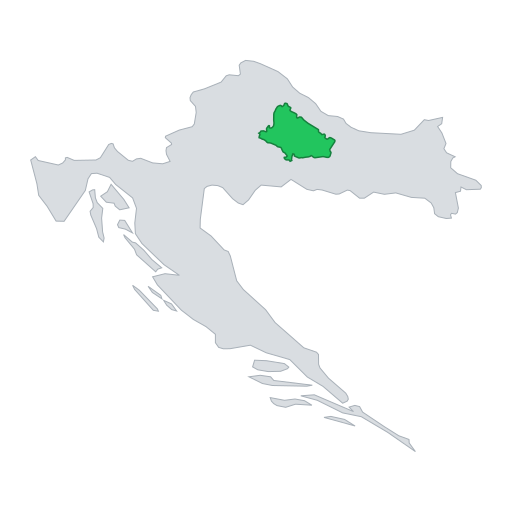 Croatia, with Bjelovarsko-bilogorska highlighted
{"feature_id": "HRV-1607", "entity_name": "Bjelovarsko-bilogorska", "entity_type": "County", "adm_level": 1, "iso_a3": "HRV", "parent_name": "Croatia", "parent_adm1": "", "projection": "robinson", "projection_center": [16.948, 45.775], "detail": "medium", "context": "in_parent", "style": "filled", "palette": "green", "viewbox_px": 512, "rotation_deg": 0, "n_neighbors": 0, "source": "natural_earth", "source_scale": "10m", "svg_char_len": 5544}
<svg xmlns="http://www.w3.org/2000/svg" viewBox="0 0 512 512"><path d="M35.4,156.7L38.2,160.5L58.3,165.0L62.7,163.0L65.4,159.9L65.4,157.9L67.2,157.4L74.2,160.4L96.0,160.0L100.4,157.7L108.7,144.5L111.4,143.4L113.1,143.9L114.4,147.8L117.5,151.5L128.3,160.3L132.5,161.3L136.5,158.9L140.7,158.3L152.6,162.9L162.7,163.8L170.1,161.4L166.5,154.3L166.0,150.7L166.5,147.6L171.6,144.5L171.4,143.1L165.3,137.7L165.6,136.2L179.2,130.1L192.2,126.7L194.3,124.0L196.2,112.5L195.5,106.4L190.3,100.6L190.0,97.7L191.2,94.7L193.3,92.0L204.6,88.8L221.1,82.1L226.2,75.8L229.2,74.8L238.4,75.7L240.4,74.1L239.2,65.2L240.8,62.9L245.6,60.4L253.7,61.3L260.4,63.7L278.0,71.6L287.4,78.9L292.6,87.0L299.7,93.2L308.6,97.7L315.7,103.7L320.9,111.3L328.2,115.6L337.6,116.5L343.5,119.1L346.0,123.4L351.1,127.3L358.8,130.8L370.8,132.7L401.0,134.3L414.3,130.2L424.3,119.7L428.6,120.5L442.6,117.4L441.7,123.7L437.6,126.5L441.9,133.0L446.0,143.5L443.9,148.7L446.6,152.8L455.1,156.8L452.8,158.0L450.8,161.5L450.7,167.8L457.5,173.7L475.8,180.2L481.2,185.5L481.3,187.7L480.3,189.2L466.4,189.7L461.0,187.0L460.5,191.2L455.4,192.6L458.4,208.1L457.3,212.6L455.5,214.1L451.5,213.3L450.5,214.8L451.4,218.1L446.3,218.5L438.3,216.7L434.6,213.7L433.8,207.7L431.2,203.0L424.8,198.2L411.4,197.4L395.8,192.9L384.4,194.3L373.6,192.1L364.3,198.2L359.6,198.2L350.1,190.6L347.3,190.1L339.1,194.0L335.8,194.2L322.1,190.0L317.1,189.4L313.4,190.8L306.8,189.3L291.0,179.4L281.2,186.9L261.2,185.1L255.3,190.2L248.5,200.0L243.0,204.7L238.2,203.0L232.6,198.7L222.7,187.6L217.8,185.6L212.0,185.1L207.0,186.4L204.3,188.6L200.3,219.3L200.1,228.0L211.1,236.0L224.1,249.9L228.2,251.5L230.3,256.0L236.7,280.8L243.3,289.5L265.6,309.7L275.1,322.6L303.8,347.8L316.5,352.2L318.5,354.5L318.6,364.3L320.0,368.0L328.5,378.2L345.8,393.2L347.8,396.6L348.3,399.2L347.2,401.1L342.7,403.2L322.9,386.3L307.3,377.0L289.8,359.6L266.3,352.8L250.4,345.2L230.0,348.7L223.4,348.8L218.7,347.4L215.4,342.7L215.4,334.3L206.1,326.7L193.4,319.5L181.4,310.2L157.4,284.9L152.6,276.8L165.0,273.7L179.4,275.3L164.0,264.7L142.0,243.6L135.4,233.7L134.8,223.0L136.5,208.3L132.6,197.9L115.7,184.5L109.6,177.4L97.0,173.2L91.4,173.6L88.0,178.8L85.3,190.5L64.1,221.3L56.1,221.1L47.2,206.4L38.7,195.3L36.9,183.7L30.7,160.0L35.4,156.7ZM409.0,439.5L409.2,443.0L415.4,451.6L387.6,432.3L361.3,416.7L342.7,412.9L317.3,400.3L300.8,395.8L314.3,394.8L353.5,411.6L349.1,407.1L354.8,405.4L359.6,406.6L362.6,412.1L384.7,426.9L398.7,435.7L409.0,439.5ZM104.1,238.1L103.4,241.9L98.8,237.2L96.6,228.7L90.8,215.1L90.1,211.3L93.2,207.5L93.1,203.7L89.1,191.9L92.6,189.9L94.7,189.7L95.4,197.9L97.2,202.6L102.8,208.4L101.6,218.1L102.6,231.9L104.1,238.1ZM129.1,207.8L119.7,209.8L115.2,206.1L114.1,203.2L106.3,202.2L100.7,196.2L107.4,191.7L111.1,184.3L123.8,199.4L129.1,207.8ZM280.6,371.3L268.4,371.6L257.8,369.8L252.6,366.9L254.6,360.2L266.4,360.7L284.4,363.6L288.8,367.1L287.5,368.7L280.6,371.3ZM312.3,385.2L306.9,386.2L272.4,385.5L262.4,383.5L248.9,376.8L260.2,375.3L270.6,376.8L273.8,380.5L312.3,385.2ZM157.7,269.2L155.7,271.8L136.6,254.8L134.5,249.2L125.0,237.7L123.6,234.6L132.3,242.1L135.6,242.9L143.8,250.2L151.9,259.6L161.7,267.8L157.7,269.2ZM270.2,397.6L284.5,400.3L295.0,399.0L304.5,400.7L311.9,405.2L295.5,404.2L285.7,407.3L277.0,405.6L273.7,403.6L271.4,401.1L270.2,397.6ZM157.4,308.9L158.4,311.2L153.3,310.3L134.6,289.4L132.6,285.3L139.3,290.2L157.4,308.9ZM124.7,220.4L132.5,232.9L125.3,229.1L118.8,227.6L117.5,224.7L119.8,220.1L124.7,220.4ZM344.5,419.4L355.1,426.0L324.0,417.4L330.8,416.4L344.5,419.4ZM171.5,303.9L176.6,311.0L171.7,309.6L166.7,305.2L163.7,300.4L171.5,303.9ZM160.8,295.4L161.9,298.8L152.4,292.5L148.1,286.3L160.8,295.4Z" fill="#d9dde1" stroke="#a8b0b8" stroke-width="1"/><path d="M285.4,103.2L287.0,103.6L287.4,104.2L287.7,105.2L288.0,105.9L288.9,106.6L290.6,107.5L290.8,107.9L290.7,108.3L289.9,110.1L290.4,110.9L291.5,111.6L294.6,113.0L296.0,113.8L296.8,114.6L296.6,117.1L296.9,117.8L297.3,118.0L297.7,118.0L299.5,117.0L301.1,117.1L301.7,117.5L303.8,120.0L307.9,123.2L318.4,129.6L318.5,130.1L318.5,131.5L318.8,132.0L319.4,132.6L320.6,133.2L321.8,134.6L324.2,134.1L324.6,134.3L324.9,134.6L325.3,135.8L325.2,136.3L324.7,137.3L325.2,138.0L326.6,139.1L327.6,139.1L329.5,137.6L330.2,137.6L331.5,138.1L334.6,140.0L334.9,140.4L334.8,141.7L329.7,149.5L330.1,151.2L330.8,152.0L331.0,152.8L330.0,156.0L329.6,156.6L328.6,157.3L327.8,157.4L326.6,157.3L324.0,156.7L322.8,156.6L315.1,157.7L314.3,157.6L313.5,157.2L311.4,155.6L311.0,155.6L310.1,156.4L308.4,156.9L305.5,157.2L302.6,157.8L301.6,157.6L299.2,158.0L298.5,157.8L294.6,156.1L294.3,155.9L294.3,154.9L294.1,154.2L292.9,153.8L291.9,156.5L291.5,159.8L291.8,160.5L290.1,161.3L289.2,160.1L288.6,159.9L286.4,159.9L285.8,159.7L284.7,158.8L284.2,157.9L284.2,157.5L284.3,157.3L285.8,157.3L287.2,156.1L287.1,155.7L284.8,152.8L283.2,152.0L282.3,150.4L281.2,147.9L280.9,147.5L280.4,147.3L277.9,146.8L277.3,146.5L276.1,145.3L270.9,143.1L269.3,142.8L267.9,142.8L266.8,142.1L265.7,140.8L263.9,139.6L262.1,139.1L260.6,138.2L259.1,137.7L259.1,137.3L259.3,136.1L259.9,134.8L259.9,134.2L258.8,133.2L260.0,132.5L260.8,131.2L261.5,131.0L263.6,130.9L266.1,131.8L266.6,131.6L266.8,131.1L266.5,128.9L266.7,128.2L268.4,125.9L268.9,125.6L269.3,125.7L269.5,126.0L269.3,127.4L269.5,127.7L270.1,128.0L271.1,128.0L271.7,127.8L272.3,127.4L273.4,126.2L273.8,124.8L274.0,123.0L273.7,120.0L273.8,114.2L274.1,112.7L275.2,110.8L275.8,109.2L277.5,106.6L278.8,105.9L280.1,105.4L280.7,105.4L281.2,105.7L281.5,106.2L282.0,106.6L282.3,106.6L283.9,105.3L284.6,103.5L285.4,103.2Z" fill="#22c55e" stroke="#15803d" stroke-width="1.5"/></svg>